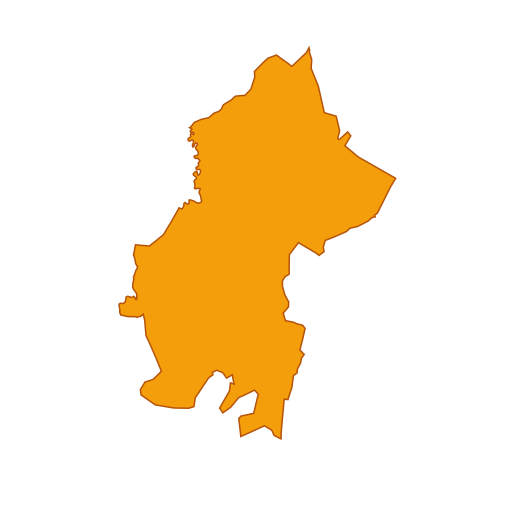 Darazo, Bauchi, Nigeria, rotated 338°
{"feature_id": "59680162B8258215962885", "entity_name": "Darazo", "entity_type": "district", "adm_level": 2, "iso_a3": "NGA", "parent_name": "Nigeria", "parent_adm1": "Bauchi", "projection": "robinson", "projection_center": [10.571, 11.108], "detail": "fine", "context": "isolated", "style": "filled", "palette": "amber", "viewbox_px": 512, "rotation_deg": 338, "n_neighbors": 0, "source": "geoboundaries", "source_scale": "gbopen_adm2", "svg_char_len": 4672}
<svg xmlns="http://www.w3.org/2000/svg" viewBox="0 0 512 512"><g transform="rotate(338 256 256)"><path d="M291.7,102.0L283.8,103.3L281.9,103.9L279.1,106.7L275.5,108.0L270.6,107.8L263.8,110.1L260.1,109.4L256.5,108.8L249.0,109.0L243.4,112.1L242.4,112.1L242.6,112.5L243.3,112.9L244.0,113.5L244.2,114.1L243.7,114.6L242.2,115.1L241.8,116.1L241.7,116.9L242.2,117.3L243.2,117.3L244.1,118.0L244.3,118.7L244.2,119.6L243.5,119.9L242.5,119.2L241.8,118.6L240.8,118.7L240.4,120.0L240.3,120.8L239.5,121.3L238.6,121.3L237.3,121.6L236.6,122.4L236.5,123.3L236.8,124.3L237.1,124.4L237.8,124.6L239.4,124.4L240.3,124.6L241.0,125.1L241.1,126.0L240.6,127.2L239.6,128.2L238.6,129.4L238.2,130.5L238.3,131.3L238.9,131.4L239.6,131.0L240.2,130.1L241.6,128.8L242.9,128.7L243.5,129.2L243.7,130.3L243.2,131.0L242.5,131.3L241.5,131.9L240.8,132.6L240.5,133.4L240.4,134.8L241.1,136.1L241.2,137.2L241.3,138.2L240.4,140.2L239.5,140.6L238.9,140.6L238.3,140.5L237.5,140.4L236.8,140.1L236.0,140.3L235.7,141.2L236.4,142.8L237.1,143.2L238.0,143.5L238.7,143.5L239.1,144.4L239.0,144.9L239.3,145.7L239.5,146.1L239.7,146.7L238.6,147.5L237.6,147.9L237.1,148.6L236.9,149.7L236.4,150.8L235.6,151.3L234.7,151.3L233.7,151.3L233.2,152.3L233.1,153.2L233.2,153.5L233.7,154.0L234.4,154.0L235.6,154.2L236.3,154.7L236.6,155.8L236.2,156.9L235.7,157.8L234.7,158.6L233.8,159.3L232.9,159.4L232.5,159.0L232.4,158.6L232.5,157.7L232.8,156.4L232.7,155.5L231.9,155.1L231.0,155.3L230.0,155.6L229.3,155.9L228.5,156.4L228.4,157.8L229.1,158.8L229.5,159.7L230.0,160.5L230.0,161.4L229.4,162.3L228.2,162.4L227.2,162.8L226.8,163.3L226.4,163.8L226.6,164.8L226.3,166.1L225.9,167.4L225.5,168.7L225.2,169.4L224.6,169.4L224.5,170.1L224.6,170.8L225.3,171.1L226.2,171.3L227.9,171.7L228.7,172.0L229.4,172.4L229.3,173.2L228.0,174.4L227.2,175.2L226.8,176.4L227.1,177.7L227.1,179.2L226.9,180.8L226.5,182.2L226.2,184.6L225.7,185.2L224.9,185.4L224.5,185.5L223.6,185.6L222.9,185.7L221.7,184.8L220.6,184.0L219.8,182.9L219.0,181.8L218.2,181.0L217.2,180.3L216.5,179.7L215.7,179.2L215.0,179.0L214.4,180.0L214.0,181.0L213.7,182.1L213.1,182.5L211.9,182.2L211.4,181.4L210.6,180.5L210.3,179.8L208.9,180.3L208.2,181.8L207.4,182.9L205.8,184.3L204.8,184.5L202.6,182.5L201.2,183.8L189.4,193.1L178.1,201.6L172.1,203.4L167.7,204.8L164.4,205.7L161.0,206.8L148.4,200.5L142.7,209.5L143.0,210.6L142.6,212.2L142.6,213.9L142.1,215.0L142.1,216.1L141.6,217.8L142.1,221.7L140.7,223.4L139.7,223.9L137.7,226.2L136.3,227.9L135.7,228.4L134.4,229.7L134.3,231.2L133.3,232.9L131.9,234.6L131.4,235.7L130.9,236.8L129.9,239.1L129.9,240.7L130.2,241.9L131.1,245.2L131.0,246.6L130.6,247.9L129.8,250.1L129.2,251.2L128.5,251.6L128.0,250.9L128.3,249.5L127.9,248.2L127.4,247.5L125.7,248.0L124.7,247.4L123.4,246.4L121.9,245.3L120.5,245.2L119.8,245.9L119.4,246.8L118.5,248.4L117.8,249.2L117.7,249.4L117.3,249.5L117.2,249.6L115.8,250.3L114.8,250.2L114.7,250.2L113.6,249.5L112.4,249.0L111.3,249.2L110.6,250.0L110.4,251.0L110.2,252.0L109.9,253.4L109.7,254.8L109.3,255.2L109.1,256.2L108.7,256.7L108.5,258.0L108.5,260.0L114.3,264.1L121.3,267.0L122.5,268.1L126.8,268.7L129.7,267.7L128.7,273.9L124.2,288.6L124.7,299.0L125.1,313.4L125.1,327.5L114.3,331.9L105.8,331.3L98.7,336.6L97.4,341.8L106.8,356.3L122.8,366.1L136.5,371.9L142.1,372.4L146.6,364.7L166.5,351.2L171.6,350.0L171.9,347.5L176.9,347.3L181.5,351.7L183.0,358.2L189.5,357.3L187.6,366.6L184.8,364.0L180.9,371.1L165.3,383.4L166.5,389.0L176.0,386.7L187.1,380.7L191.7,380.7L204.5,379.8L204.9,381.1L206.3,385.0L194.9,401.0L182.2,398.8L179.2,400.1L178.2,403.7L174.3,417.7L200.2,416.6L205.3,423.3L205.6,429.2L210.7,434.9L213.2,429.2L214.6,426.3L228.5,399.3L231.8,401.1L236.2,395.8L239.9,391.5L245.9,381.0L250.2,379.8L252.2,376.2L257.2,372.0L259.8,367.9L263.8,365.3L261.5,359.6L268.6,349.9L274.4,341.5L273.3,337.7L268.3,334.0L265.9,331.4L259.1,327.0L259.8,319.2L267.0,315.4L269.1,310.8L268.2,303.0L269.1,294.5L271.1,289.0L275.2,286.1L279.8,285.4L287.4,267.3L300.3,259.5L312.4,275.3L314.7,279.1L320.8,277.4L321.7,273.0L326.0,267.5L335.0,267.6L349.0,267.2L353.6,265.5L361.1,266.7L373.1,265.6L378.0,263.8L381.2,264.4L381.1,262.6L384.5,261.8L393.6,253.8L406.5,242.4L414.6,236.3L403.3,222.0L396.8,213.7L388.0,202.6L379.7,187.1L388.9,180.1L387.4,175.3L377.4,179.1L376.7,178.9L376.3,178.6L375.9,177.6L380.5,171.1L382.1,160.4L382.7,156.4L373.0,148.7L377.4,121.9L377.4,118.3L377.4,102.9L378.0,101.6L378.7,100.0L379.5,98.5L381.3,94.5L381.4,93.1L381.6,90.5L381.8,86.8L382.4,86.0L382.8,85.4L383.2,82.7L379.0,86.2L378.0,86.7L373.0,88.6L368.6,90.4L360.2,93.6L358.3,90.2L355.5,85.8L350.2,77.3L341.3,77.1L336.9,78.6L323.7,84.3L321.8,89.8L313.7,99.4L305.7,103.1L304.9,102.5L296.8,100.1L294.3,100.9L291.7,102.0Z" fill="#f59e0b" stroke="#b45309" stroke-width="1.5"/></g></svg>